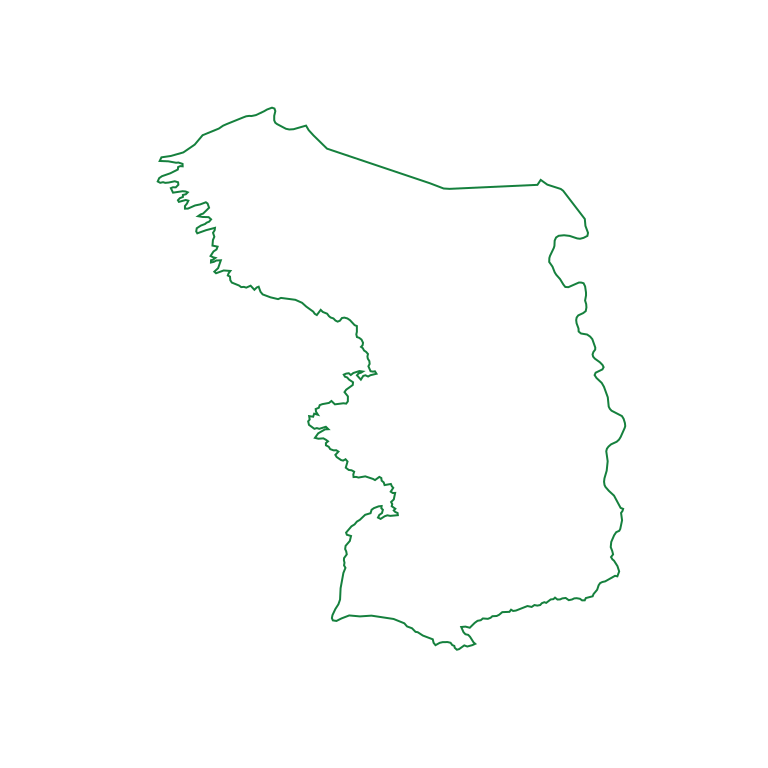 Cuiabá, Mato Grosso, Brazil, rotated 197°
{"feature_id": "56859067B53289335762080", "entity_name": "Cuiabá", "entity_type": "district", "adm_level": 2, "iso_a3": "BRA", "parent_name": "Brazil", "parent_adm1": "Mato Grosso", "projection": "albers", "projection_center": [-55.911, -15.41], "detail": "fine", "context": "isolated", "style": "outline", "palette": "green", "viewbox_px": 768, "rotation_deg": 197, "n_neighbors": 0, "source": "geoboundaries", "source_scale": "gbopen_adm2", "svg_char_len": 6166}
<svg xmlns="http://www.w3.org/2000/svg" viewBox="0 0 768 768"><g transform="rotate(197 384 384)"><path d="M118.8,334.5L121.5,334.7L131.4,344.5L137.8,347.6L142.1,350.3L143.6,351.9L145.0,354.9L145.6,358.2L145.7,366.2L147.5,375.5L151.8,384.7L151.9,387.3L151.0,389.8L149.2,392.7L144.6,396.8L143.0,399.5L142.2,402.5L141.0,412.2L141.0,414.3L142.2,417.1L144.7,420.8L147.1,422.9L158.6,425.0L160.8,426.3L162.5,428.1L166.1,436.7L172.8,445.6L176.1,448.7L182.6,451.9L185.2,454.1L184.9,456.7L179.4,461.8L178.9,464.3L180.6,466.1L183.9,467.9L189.8,469.9L192.0,471.3L193.2,473.3L193.1,475.9L192.1,478.6L192.6,480.6L197.9,487.8L200.7,489.6L204.2,490.7L210.4,489.9L213.2,491.1L214.2,493.9L217.6,498.4L218.9,501.3L219.2,503.9L218.3,506.4L214.2,510.1L212.4,512.7L212.8,516.4L214.0,519.5L216.1,522.6L216.7,527.8L217.6,530.6L220.2,536.1L222.6,538.7L224.9,538.7L227.3,538.0L236.0,530.5L239.0,529.8L241.6,531.6L246.3,535.8L251.2,538.8L253.4,540.7L257.2,545.5L261.7,549.0L262.7,552.8L262.7,555.1L261.4,563.7L261.4,565.9L262.7,571.0L262.3,574.4L260.3,576.8L255.3,578.9L249.8,579.9L241.8,579.7L239.0,580.2L235.9,582.1L232.8,585.1L233.1,588.2L237.6,594.1L240.2,600.5L269.2,621.2L272.0,622.2L286.1,622.4L293.8,625.0L295.5,619.3L378.3,589.8L384.1,588.4L398.9,589.4L507.3,592.4L524.1,601.1L530.2,604.7L534.1,608.3L545.0,601.2L549.0,599.7L552.4,599.4L562.3,601.3L564.4,602.1L566.1,604.1L567.4,608.4L567.7,613.2L569.3,615.4L571.9,615.5L576.1,612.3L578.5,609.7L585.1,603.7L589.1,601.5L591.3,601.0L594.1,599.7L596.8,597.6L610.5,586.5L613.4,584.0L616.6,580.0L630.2,568.9L635.0,557.6L643.6,546.8L654.6,539.7L663.1,535.7L663.7,531.7L655.3,533.9L647.5,534.8L645.3,535.7L641.0,535.6L640.2,533.3L642.5,532.8L644.3,531.3L643.9,528.8L650.0,523.0L657.1,517.8L659.2,515.1L659.6,511.5L656.8,511.0L654.3,512.4L652.0,512.4L648.8,513.7L643.4,516.7L639.9,516.7L638.9,514.4L640.6,511.2L643.4,510.4L645.1,509.0L641.7,505.3L632.9,509.5L630.0,510.1L627.7,509.9L629.0,507.5L631.6,506.0L631.0,504.1L633.6,502.0L634.8,499.5L633.4,498.2L627.4,502.0L624.7,502.1L625.2,498.9L626.4,496.0L625.6,493.5L622.8,494.4L616.9,499.5L612.3,502.0L607.5,505.7L605.5,505.0L602.8,501.4L606.8,494.1L609.0,492.5L610.9,490.1L606.3,490.7L600.5,492.3L597.5,490.9L598.7,488.1L600.8,486.4L601.9,484.7L605.4,482.0L608.6,478.2L608.2,475.0L606.6,473.5L599.1,479.1L591.3,483.9L590.9,481.5L591.7,478.6L589.3,475.2L589.7,471.7L588.5,466.2L583.3,466.7L583.5,463.7L585.8,460.9L587.3,455.7L584.4,455.2L582.1,455.3L583.9,452.8L585.6,451.8L585.0,449.6L582.4,451.1L580.4,453.1L576.2,454.6L576.5,446.3L579.1,441.8L577.0,440.8L570.5,445.7L564.0,447.2L565.0,444.4L565.1,442.1L562.7,441.7L561.3,438.3L559.2,436.5L551.4,435.8L548.9,434.9L546.4,435.9L543.9,435.9L540.3,439.0L535.5,436.2L533.9,439.1L532.3,440.4L529.1,436.1L526.2,434.2L517.9,433.7L510.1,434.2L507.7,436.2L493.4,438.6L486.1,437.7L481.0,435.3L472.8,432.5L470.8,430.9L468.4,430.3L466.2,436.4L463.6,435.0L458.9,434.6L456.5,432.8L454.5,432.0L451.5,431.9L449.0,430.5L446.6,430.1L444.7,431.6L443.5,434.8L441.3,435.9L438.2,436.0L435.2,435.1L429.3,431.7L426.9,431.5L425.2,426.0L425.0,423.4L423.6,421.0L421.2,420.9L418.5,419.9L416.1,417.3L415.8,414.7L416.8,412.8L414.8,412.1L412.9,410.2L410.5,409.5L408.1,408.0L407.9,405.5L406.9,403.5L404.7,401.6L403.6,399.0L404.1,396.4L400.6,392.3L398.2,392.6L396.4,393.5L394.2,391.6L399.6,388.4L401.4,386.5L404.3,386.9L406.2,385.7L407.4,381.4L412.4,384.4L411.4,386.7L409.3,388.1L407.9,389.7L411.3,389.2L416.5,385.6L418.4,382.9L420.8,384.0L423.2,382.9L425.2,381.2L423.5,379.6L421.2,379.5L418.7,378.0L414.1,376.6L413.6,373.9L418.5,367.5L419.4,364.7L414.9,361.6L413.5,356.8L414.4,354.2L417.2,353.7L425.0,350.2L429.3,352.4L431.1,349.8L437.1,346.7L439.3,345.0L439.4,342.2L442.0,340.1L440.9,337.6L438.2,335.3L442.1,335.2L442.2,332.0L446.2,331.4L444.7,328.3L445.6,326.1L443.8,323.0L437.5,320.8L435.3,322.2L432.8,322.2L427.1,326.1L424.0,324.5L427.1,323.4L432.5,317.6L434.3,312.3L430.7,312.5L426.1,314.3L423.3,313.7L420.8,312.8L422.3,310.5L421.6,308.4L418.5,307.8L416.4,306.0L412.8,305.8L410.3,306.7L407.8,306.0L409.8,302.0L407.9,300.3L402.8,298.7L400.7,298.8L398.8,300.8L396.2,299.2L396.1,292.8L392.6,291.5L389.8,292.0L386.9,291.4L386.9,288.5L385.9,286.1L383.5,287.0L381.0,287.1L374.9,290.2L366.8,290.0L364.5,289.5L361.3,293.8L359.1,293.3L358.0,290.9L355.5,289.8L353.9,287.5L348.2,290.4L346.6,288.5L344.8,287.4L346.1,283.0L343.8,282.3L341.5,283.1L340.9,276.5L342.7,273.2L341.0,271.6L340.9,269.4L336.7,268.0L337.7,265.9L335.8,264.9L333.3,264.6L332.4,262.6L339.5,259.7L342.4,259.4L344.7,257.7L347.8,254.0L350.7,254.5L350.2,257.4L348.2,260.0L348.3,263.4L350.2,264.4L350.6,266.6L353.4,265.4L357.3,262.4L359.1,260.1L359.1,256.5L363.8,253.4L367.4,247.0L369.7,244.5L371.1,241.1L373.5,238.4L376.8,230.8L375.5,229.0L371.1,229.0L370.8,223.9L373.4,218.0L372.9,214.8L371.2,212.9L369.8,210.2L371.3,205.8L370.8,203.7L369.5,201.5L369.2,198.9L367.1,196.9L367.6,191.5L365.8,176.0L363.0,165.0L363.2,160.0L364.7,154.7L365.7,147.9L365.4,144.9L363.8,143.0L360.2,143.5L356.1,147.4L349.6,152.5L339.1,154.7L328.3,158.8L306.1,162.1L294.6,161.1L291.1,158.9L285.8,158.6L281.4,156.2L279.2,156.5L273.3,154.8L262.7,154.1L260.9,151.0L258.4,149.3L255.0,152.8L252.4,154.3L247.7,155.8L244.7,156.0L242.4,154.3L240.2,154.1L239.2,152.4L236.6,151.2L234.7,152.4L230.8,157.5L227.6,157.3L223.2,160.1L220.8,162.2L222.8,163.1L227.8,167.4L230.1,168.7L233.0,168.5L235.4,169.9L239.1,174.2L235.2,175.8L230.7,176.0L227.4,182.1L225.3,184.9L222.4,186.4L220.9,188.7L216.0,189.8L213.7,191.6L212.5,193.6L208.4,195.1L206.4,197.0L204.2,200.4L197.4,202.8L196.5,205.3L194.2,204.7L191.6,205.9L181.9,213.6L177.6,214.0L175.5,216.6L172.6,216.9L170.0,218.3L169.0,220.5L166.9,222.2L164.9,222.1L161.6,226.7L159.1,227.8L158.0,229.7L155.1,228.6L152.6,229.5L150.8,231.1L147.7,232.5L144.1,231.3L141.2,232.9L139.4,234.6L137.1,235.5L133.8,235.9L131.3,235.0L128.8,235.8L128.4,238.3L122.4,242.0L122.2,244.4L120.0,249.6L119.9,254.3L119.1,256.8L117.3,258.5L114.8,259.9L107.0,268.1L104.6,268.3L104.3,273.5L107.5,278.1L112.4,282.3L114.3,283.1L116.3,284.9L115.1,288.0L116.9,291.0L119.5,294.3L120.5,299.4L119.7,306.6L118.6,310.2L116.1,312.4L115.7,314.5L116.5,323.3L119.6,330.0L118.8,332.3L118.8,334.5Z" fill="none" stroke="#15803d" stroke-width="2"/></g></svg>